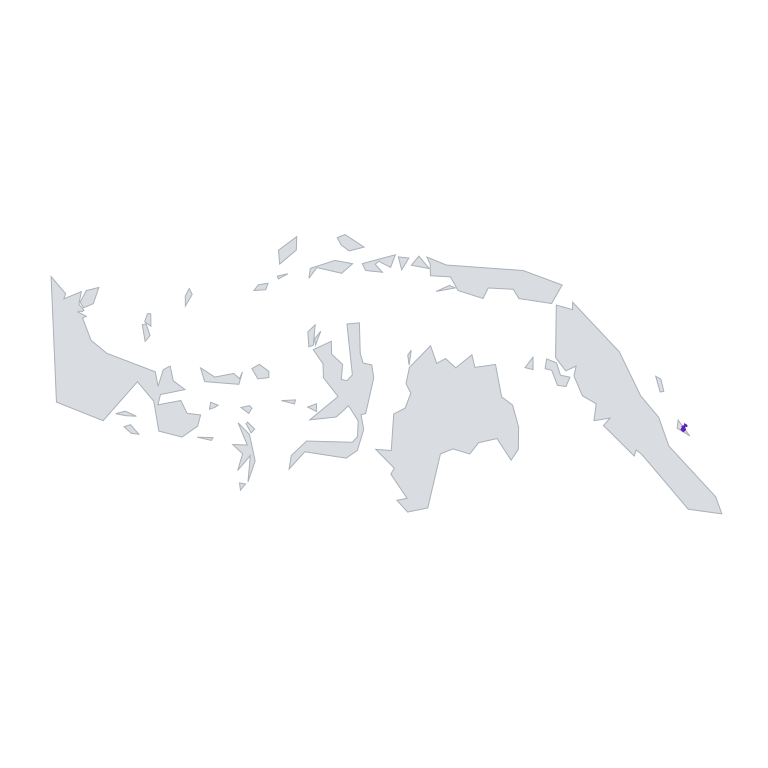 location of Nias Barat, Sumatera Utara, Indonesia, rotated 176°
{"feature_id": "22746128B23007358779926", "entity_name": "Nias Barat", "entity_type": "district", "adm_level": 2, "iso_a3": "IDN", "parent_name": "Indonesia", "parent_adm1": "Sumatera Utara", "projection": "equal_earth", "projection_center": [97.451, 0.982], "detail": "fine", "context": "in_parent", "style": "filled", "palette": "violet", "viewbox_px": 768, "rotation_deg": 176, "n_neighbors": 0, "source": "geoboundaries", "source_scale": "gbopen_adm2", "svg_char_len": 5498}
<svg xmlns="http://www.w3.org/2000/svg" viewBox="0 0 768 768"><g transform="rotate(176 384 384)"><path d="M262.5,299.2L275.1,321.7L293.8,318.8L303.4,308.2L319.8,314.5L332.6,310.3L349.0,257.3L369.4,254.6L379.2,267.1L368.9,268.3L383.5,293.6L379.6,299.2L396.8,319.4L381.4,317.1L376.4,353.3L364.6,358.5L357.9,372.9L362.0,382.8L357.5,398.8L334.9,418.9L330.0,400.9L320.8,405.1L311.3,395.1L294.3,407.0L292.1,394.2L271.4,395.7L267.6,363.0L257.2,354.0L252.7,331.5L254.6,309.4L262.5,299.2ZM56.0,230.9L89.2,237.8L131.9,296.0L137.1,300.7L139.4,294.7L167.9,327.2L161.0,334.2L177.1,332.8L173.7,349.5L186.9,358.4L193.9,378.8L191.1,388.5L201.8,384.4L211.0,398.4L206.6,450.7L190.7,445.0L190.1,452.4L147.0,399.6L128.8,354.3L112.3,331.6L104.2,302.3L61.0,248.3L56.0,230.9ZM712.0,388.8L708.6,514.3L695.4,496.5L697.3,491.3L679.5,497.3L682.8,484.8L678.1,478.4L679.8,477.4L682.7,477.9L684.3,477.2L676.2,472.3L680.1,470.8L673.2,448.0L658.3,433.9L611.3,412.1L609.6,397.4L603.1,413.7L596.1,416.8L594.0,402.0L582.9,392.3L607.7,389.1L611.0,379.0L587.8,381.7L582.5,368.5L569.1,365.9L572.9,354.9L589.2,345.2L611.9,352.7L614.9,383.0L629.8,403.5L666.8,367.0L712.0,388.8ZM481.5,319.1L465.2,332.5L419.7,328.1L414.1,333.2L412.3,349.1L420.9,364.8L434.0,354.4L460.6,353.4L430.7,374.7L444.0,394.6L443.4,408.3L452.1,423.2L433.6,430.3L434.2,417.4L423.9,406.4L426.3,391.5L420.6,389.9L414.9,395.4L416.8,446.4L404.3,446.7L405.6,416.3L403.4,406.3L394.9,404.0L393.8,390.9L404.3,355.9L409.1,355.0L407.4,340.1L415.2,319.6L426.9,312.7L467.8,321.9L484.6,305.8L481.5,319.1ZM211.2,452.6L243.5,459.8L248.4,469.5L273.3,472.5L279.3,462.4L303.6,472.1L310.2,486.2L330.1,488.8L329.6,500.6L332.3,507.6L313.4,498.3L237.3,487.5L199.4,470.3L211.2,452.6ZM522.3,322.0L536.0,308.0L529.9,324.2L539.1,334.2L524.6,332.6L532.3,355.6L521.7,343.0L517.9,316.3L526.5,295.9L522.3,322.0ZM528.8,393.8L562.7,398.9L565.9,412.9L552.3,402.7L533.2,405.0L527.8,399.4L524.4,405.9L528.8,393.8ZM449.4,504.5L424.3,510.7L406.9,506.2L418.5,497.4L442.8,504.8L451.5,494.8L449.4,504.5ZM377.8,495.6L394.4,498.5L397.2,505.6L363.7,512.1L369.3,499.8L380.6,506.8L384.4,504.1L377.8,495.6ZM479.7,510.9L479.9,524.8L460.8,537.1L462.1,523.8L479.7,510.9ZM211.1,370.6L215.7,386.0L222.2,388.1L220.0,397.7L210.4,393.0L207.4,380.5L198.0,377.8L202.7,368.8L211.1,370.6ZM674.4,498.0L661.7,500.2L668.4,484.4L678.4,481.0L681.3,486.9L674.4,498.0ZM409.5,519.2L417.1,525.8L420.4,533.3L412.5,535.8L394.4,522.0L409.5,519.2ZM509.5,398.0L514.7,408.6L506.9,412.3L497.9,404.5L498.5,398.4L509.5,398.0ZM330.8,496.0L348.4,500.6L340.3,509.1L330.8,496.0ZM358.4,496.7L360.8,509.8L350.4,507.9L358.4,496.7ZM242.2,390.5L233.5,400.4L234.3,388.0L242.2,390.5ZM619.3,443.2L621.0,459.9L617.1,460.7L614.0,448.6L619.3,443.2ZM325.5,472.7L311.9,477.8L306.2,474.9L325.5,472.7ZM456.4,426.3L456.3,441.4L448.5,447.8L451.8,427.6L456.4,426.3ZM82.5,310.8L94.7,319.5L93.1,327.4L82.5,310.8ZM112.4,372.7L107.5,369.5L105.4,357.1L109.1,356.8L112.4,372.7ZM571.6,492.8L569.1,486.7L576.7,475.7L576.1,485.6L571.6,492.8ZM560.1,339.8L574.1,344.0L558.3,342.4L560.1,339.8ZM474.7,370.4L487.5,374.6L473.4,374.3L474.7,370.4ZM450.3,433.7L443.4,441.1L449.6,427.6L450.3,433.7ZM632.1,351.0L639.4,352.4L646.3,359.5L639.7,361.1L632.1,351.0ZM507.2,486.4L502.3,491.8L492.7,492.5L495.4,486.3L507.2,486.4ZM618.4,462.8L615.1,470.6L611.8,470.3L612.5,457.9L618.4,462.8ZM528.3,370.5L519.8,371.8L517.4,369.1L521.0,364.1L528.3,370.5ZM633.3,369.1L643.8,370.4L653.7,373.1L644.1,375.0L633.3,369.1ZM453.1,361.2L461.7,366.3L452.8,369.0L453.1,361.2ZM535.0,295.4L529.1,293.9L534.6,288.1L535.0,295.4ZM472.2,500.7L481.9,496.2L483.0,499.0L472.2,500.7ZM559.8,371.0L558.3,377.9L551.0,374.4L554.7,372.4L559.8,371.0ZM358.3,411.1L354.5,415.8L357.6,401.2L358.3,411.1ZM520.0,344.5L524.4,354.0L522.7,355.4L516.1,348.0L520.0,344.5Z" fill="#d9dde1" stroke="#a8b0b8" stroke-width="1"/><path d="M88.3,316.1L88.2,316.2L88.1,316.3L88.1,316.5L88.2,316.8L88.2,317.0L88.3,317.0L88.2,317.2L88.2,317.3L88.1,317.2L87.9,317.0L87.9,316.9L87.8,316.7L87.7,316.7L87.7,316.8L87.7,317.0L87.8,317.2L87.7,317.2L87.5,317.3L87.4,317.2L87.2,317.3L87.1,317.2L86.8,317.4L86.7,317.5L86.7,317.8L86.8,317.9L86.8,318.0L86.9,318.3L87.0,318.6L87.0,318.8L87.1,319.1L87.2,319.4L87.2,319.5L87.2,319.9L87.2,320.0L87.3,320.0L87.5,320.1L87.8,320.1L88.0,320.2L88.3,320.2L88.3,320.3L88.5,320.4L88.6,320.5L88.6,320.8L88.8,320.9L88.9,321.0L89.0,321.0L89.2,320.9L89.3,320.8L89.4,320.7L89.5,320.5L89.4,320.4L89.2,320.4L89.1,320.2L89.1,319.9L89.2,319.7L89.0,319.4L89.0,319.1L89.0,318.9L89.2,319.0L89.4,319.0L89.6,318.9L89.8,318.8L89.8,318.7L89.8,318.4L90.0,318.4L90.2,318.2L90.3,318.2L90.5,318.0L90.6,317.9L90.4,317.7L90.3,317.8L90.2,317.9L90.1,318.0L90.0,317.9L90.1,317.7L90.0,317.4L89.9,317.4L89.7,317.2L89.5,316.8L89.5,316.7L89.4,316.4L89.1,316.4L88.9,316.2L88.7,316.1L88.5,316.3L88.4,316.1L88.3,316.1ZM86.3,322.1L86.2,322.1L86.1,322.3L86.2,322.5L86.3,322.6L86.5,322.7L86.5,322.3L86.4,322.3L86.4,322.2L86.4,322.3L86.4,322.2L86.3,322.1ZM86.0,321.8L85.9,321.7L85.8,321.8L85.7,321.8L85.8,321.9L85.8,322.0L86.0,322.0L86.1,321.9L86.0,321.8ZM86.3,321.5L86.2,321.5L86.1,321.8L86.2,321.7L86.3,321.7L86.3,321.5ZM86.8,321.8L86.7,321.8L86.7,321.7L86.6,321.8L86.6,322.0L86.8,322.0L86.8,321.9L86.8,321.8ZM85.2,320.7L85.1,320.8L85.3,320.9L85.3,321.0L85.4,320.9L85.3,320.7L85.2,320.7ZM85.4,321.5L85.5,321.7L85.4,321.5ZM86.8,322.1L86.7,322.1L86.8,322.2L86.8,322.1ZM87.5,320.3L87.5,320.2L87.5,320.3L87.5,320.2L87.4,320.3L87.5,320.4L87.5,320.3ZM86.4,321.6L86.4,321.4L86.3,321.5L86.4,321.6Z" fill="#8b5cf6" stroke="#5b21b6" stroke-width="1.5"/></g></svg>